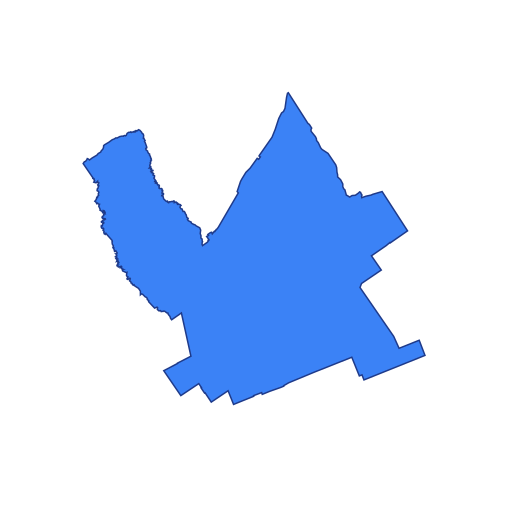 outline of Totoral, Córdoba, Argentina, rotated 56°
{"feature_id": "61730980B56418772605079", "entity_name": "Totoral", "entity_type": "district", "adm_level": 2, "iso_a3": "ARG", "parent_name": "Argentina", "parent_adm1": "Córdoba", "projection": "albers", "projection_center": [-64.25, -30.717], "detail": "fine", "context": "isolated", "style": "filled", "palette": "blue", "viewbox_px": 512, "rotation_deg": 56, "n_neighbors": 0, "source": "geoboundaries", "source_scale": "gbopen_adm2", "svg_char_len": 6112}
<svg xmlns="http://www.w3.org/2000/svg" viewBox="0 0 512 512"><g transform="rotate(56 256 256)"><path d="M82.7,347.6L99.7,347.5L100.4,347.9L100.9,347.2L101.8,347.1L102.1,347.7L103.3,347.7L104.1,349.2L105.8,347.8L105.5,345.8L106.3,346.5L106.9,345.4L107.3,345.3L108.4,346.7L108.5,347.5L109.4,347.6L109.8,347.1L110.3,347.6L110.4,348.0L111.4,348.9L111.4,349.7L112.6,351.0L113.1,351.2L114.3,350.5L115.4,350.7L116.3,352.1L117.8,352.6L117.9,354.1L118.7,354.6L118.4,355.3L119.0,355.5L119.1,356.1L119.8,356.8L120.5,359.0L121.4,358.6L123.7,358.7L123.6,357.7L124.8,357.6L125.6,356.8L126.7,358.5L130.3,359.1L130.7,359.7L133.3,358.5L134.2,358.9L134.3,358.3L133.9,358.4L133.5,357.5L132.9,357.2L133.5,356.6L135.4,356.7L135.3,357.9L135.8,357.4L136.7,357.5L136.1,358.6L136.4,359.1L137.3,359.6L137.3,361.3L138.1,362.2L139.1,362.1L139.3,361.4L140.1,361.0L140.7,360.2L141.2,360.2L141.3,361.4L140.8,361.9L140.8,362.9L141.1,365.0L141.6,365.2L142.5,363.5L143.2,363.5L143.7,364.0L143.5,365.1L145.0,366.4L145.1,366.9L144.4,367.3L145.3,368.1L146.6,368.3L147.2,368.0L147.3,367.2L148.1,367.0L148.6,367.2L148.9,368.2L149.2,368.5L150.5,368.1L151.4,369.0L152.7,369.4L153.1,369.1L152.9,368.6L153.0,368.3L153.5,369.0L153.8,368.9L153.4,367.8L162.6,366.6L163.7,367.1L163.7,367.4L165.8,368.5L167.9,368.6L168.9,369.8L169.5,369.3L170.0,370.0L170.7,369.8L173.1,370.7L173.4,370.5L173.3,369.3L175.8,369.4L176.3,370.1L175.8,371.0L176.7,370.8L177.2,371.3L177.6,371.1L178.2,372.2L178.1,372.6L178.4,372.5L178.4,372.8L179.0,372.5L178.9,372.1L179.1,372.0L179.7,372.5L179.7,373.2L180.5,372.7L180.3,373.5L181.6,373.3L182.3,374.3L182.3,373.4L183.0,374.2L183.3,374.1L183.1,373.2L184.6,373.4L184.3,374.0L185.1,374.8L185.5,374.7L185.3,375.2L186.0,375.7L185.8,376.3L186.3,376.7L186.9,375.9L187.6,376.4L188.5,375.9L188.8,374.3L189.3,373.3L189.9,373.4L190.1,374.8L190.7,374.1L191.3,374.3L192.6,373.6L192.1,374.4L193.8,374.9L197.3,372.8L197.4,372.2L199.6,374.2L200.3,374.4L201.7,373.8L202.6,375.6L203.3,375.8L203.9,375.2L203.6,373.8L204.0,372.9L204.5,372.9L205.9,374.7L207.6,374.2L208.5,374.7L209.5,374.0L210.2,374.4L211.3,374.2L211.5,373.2L211.8,373.2L212.0,373.7L217.1,371.5L219.2,371.5L220.5,371.5L223.5,373.5L223.3,372.2L224.3,371.4L227.9,370.7L229.2,369.9L230.8,370.0L231.3,370.5L233.1,369.9L233.8,370.6L242.5,369.2L243.0,366.7L243.7,366.4L245.2,367.7L247.3,367.1L247.9,365.7L249.1,365.7L249.6,364.4L250.0,364.1L250.0,363.4L250.7,362.6L253.4,361.7L254.1,360.9L255.3,361.4L258.0,361.1L259.9,361.7L261.7,361.6L261.5,349.7L302.7,366.0L300.9,381.0L301.2,381.1L299.5,396.6L329.7,396.4L329.8,374.8L334.6,374.8L334.6,375.3L340.9,375.3L341.0,374.7L352.1,374.8L352.1,354.5L366.5,357.6L371.0,336.3L370.4,336.1L372.4,327.7L374.2,328.2L375.9,320.1L378.8,309.0L379.4,306.0L379.4,305.6L379.0,305.5L379.4,299.7L384.9,272.6L393.5,233.2L413.2,237.4L413.8,234.6L419.1,235.8L432.9,171.5L417.1,167.8L412.5,189.0L399.7,186.8L340.3,187.4L337.8,183.9L337.7,160.0L320.4,160.2L320.2,142.3L319.7,137.5L320.2,137.5L319.9,116.3L273.1,115.4L270.1,124.8L269.9,126.4L267.9,131.4L266.8,135.7L265.5,135.1L265.0,134.3L264.1,133.9L263.1,134.1L261.8,133.7L260.8,134.2L261.1,136.0L261.2,139.7L259.6,142.5L259.5,145.4L256.9,146.5L256.2,147.1L250.8,145.3L249.4,145.7L247.1,145.3L244.9,143.8L243.6,143.6L240.0,143.2L236.1,144.1L234.3,142.9L231.8,142.0L227.8,139.7L225.0,138.9L211.2,138.9L204.5,141.7L202.5,141.9L196.9,141.0L194.1,141.2L192.4,140.3L190.3,140.0L183.5,140.6L181.9,139.7L181.1,138.3L176.7,138.2L175.2,138.8L138.7,137.9L138.7,138.9L141.5,141.9L149.8,149.4L151.6,152.4L151.7,154.8L154.7,160.2L161.8,169.3L166.5,176.3L174.6,197.4L174.9,197.6L176.3,197.0L177.3,199.7L175.7,200.4L179.9,211.8L181.0,217.6L184.1,224.4L185.5,227.1L191.8,235.3L192.0,235.6L193.8,235.4L211.2,271.4L212.0,274.0L211.8,274.2L212.7,276.5L212.2,276.7L213.2,279.9L211.5,279.5L211.1,280.7L211.2,283.9L212.4,283.9L212.2,286.0L215.8,285.9L216.2,286.9L216.6,286.7L216.2,285.4L217.4,288.6L217.5,294.5L216.2,294.2L214.7,293.1L214.3,292.3L213.6,292.3L211.8,291.2L210.2,291.6L208.5,290.3L206.2,289.7L203.6,287.4L201.1,286.9L197.5,288.8L195.8,289.2L194.9,290.2L194.4,290.2L193.4,290.9L192.2,291.2L191.7,290.8L188.8,292.4L187.4,292.4L187.2,291.4L186.8,291.2L185.4,291.8L182.7,290.8L181.4,290.9L180.1,290.5L178.9,290.6L178.3,291.6L175.6,291.0L174.9,291.8L173.2,291.8L172.3,290.9L172.2,289.9L171.2,290.0L170.4,290.5L169.3,292.2L168.9,292.0L169.1,291.7L168.8,291.3L167.1,291.9L167.4,292.2L165.9,292.9L166.0,293.9L164.5,293.2L164.2,293.8L164.4,294.6L163.6,295.5L163.0,297.2L162.4,297.7L163.0,298.6L162.6,298.9L161.9,299.1L160.8,298.9L160.8,299.6L160.3,299.9L157.0,300.6L154.0,299.5L153.6,299.7L153.6,300.2L153.3,300.5L153.0,300.2L153.3,298.7L152.9,297.9L152.0,297.9L151.9,298.4L151.2,298.8L150.3,297.8L150.0,296.9L149.4,296.7L149.0,297.2L148.0,296.4L147.1,296.7L146.4,298.0L145.9,298.3L145.4,298.4L145.1,297.9L144.2,297.7L144.0,297.0L143.3,296.7L142.6,296.9L142.0,297.8L140.4,297.4L139.3,298.6L138.9,298.1L139.4,297.3L138.1,297.6L137.6,298.2L137.4,297.8L137.7,297.0L134.3,297.1L133.8,296.0L132.6,295.2L131.5,296.1L130.5,295.5L130.5,294.9L129.2,295.1L128.4,296.1L127.5,295.7L126.9,295.8L126.9,295.3L127.8,294.2L127.5,293.7L126.8,294.7L126.0,294.1L125.4,294.7L125.0,293.8L124.5,293.7L123.4,295.3L122.8,293.3L122.2,293.7L121.7,293.6L120.6,292.4L120.3,291.6L119.3,291.4L119.1,290.5L118.1,290.1L118.0,289.0L116.6,288.8L116.4,288.3L115.6,288.4L114.1,287.8L113.1,288.0L112.0,287.2L111.0,287.7L109.2,287.6L108.4,287.2L106.5,287.8L105.1,287.2L105.3,286.3L104.8,285.7L99.8,284.4L98.7,284.4L98.1,283.3L97.7,283.5L95.7,283.1L95.4,283.5L93.2,281.7L91.8,281.3L90.8,281.8L89.4,281.6L86.8,282.0L85.6,282.7L85.6,283.3L85.9,284.1L84.9,285.5L85.6,286.0L85.6,286.6L84.7,286.8L84.5,287.8L84.9,288.0L84.3,288.7L83.9,290.2L83.4,290.2L83.3,290.7L82.9,290.8L83.0,291.3L82.2,292.5L82.3,294.4L83.4,296.0L83.4,297.0L82.7,297.4L82.4,298.3L82.6,298.9L81.7,300.0L80.8,302.2L80.5,305.2L79.7,306.1L79.7,308.0L79.2,310.2L79.4,314.3L79.1,319.5L79.3,320.6L80.6,321.6L81.7,323.1L82.4,325.8L83.0,326.6L82.8,329.5L83.4,331.5L83.1,337.2L83.3,340.3L81.8,340.8L80.9,341.4L81.6,342.5L82.2,344.4L81.9,345.6L82.7,347.6Z" fill="#3b82f6" stroke="#1e3a8a" stroke-width="1.5"/></g></svg>